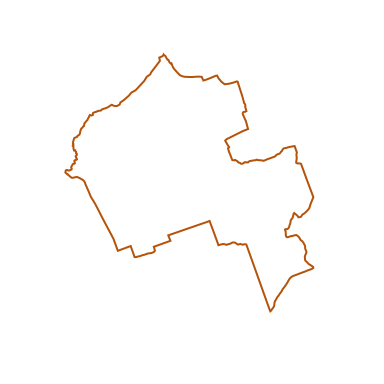 outline of Treang, Takêv, Cambodia, rotated 70°
{"feature_id": "14789045B64200778269013", "entity_name": "Treang", "entity_type": "district", "adm_level": 2, "iso_a3": "KHM", "parent_name": "Cambodia", "parent_adm1": "Takêv", "projection": "mercator", "projection_center": [104.808, 10.878], "detail": "fine", "context": "isolated", "style": "outline", "palette": "amber", "viewbox_px": 384, "rotation_deg": 70, "n_neighbors": 0, "source": "geoboundaries", "source_scale": "gbopen_adm2", "svg_char_len": 5604}
<svg xmlns="http://www.w3.org/2000/svg" viewBox="0 0 384 384"><g transform="rotate(70 192 192)"><path d="M104.8,287.0L105.2,287.2L106.0,287.0L106.4,287.5L107.3,287.3L107.9,288.3L108.6,287.9L109.5,288.1L110.7,288.5L111.6,288.6L112.6,288.6L112.9,287.5L113.7,287.7L114.8,287.2L116.1,287.7L116.8,287.2L117.9,287.7L118.6,289.1L120.1,289.1L121.9,288.9L122.2,289.6L122.1,291.1L122.6,292.0L123.2,292.0L124.0,292.1L124.9,292.2L125.2,292.9L124.9,293.8L125.1,294.6L125.7,295.2L126.4,296.0L127.2,297.0L128.2,297.1L129.2,297.1L129.7,297.6L129.7,298.8L129.9,299.6L129.5,300.9L128.6,301.8L128.4,302.7L129.0,303.6L129.9,304.0L130.4,304.3L131.4,303.8L132.3,303.4L132.6,302.8L133.4,302.7L134.3,302.0L135.0,301.7L136.1,301.1L136.9,300.6L137.6,300.0L137.9,299.0L138.1,297.6L138.3,295.9L138.7,294.7L140.3,293.0L143.0,290.7L144.3,289.9L145.6,289.5L146.7,289.4L148.1,289.5L150.4,289.3L152.4,289.2L156.8,288.9L159.0,288.8L160.7,288.8L161.4,288.7L163.0,288.5L164.8,288.1L165.7,287.9L167.1,287.6L168.5,287.4L170.3,287.0L172.8,286.7L174.7,286.4L183.9,285.3L190.7,284.4L209.2,281.8L221.9,281.8L221.8,268.1L233.6,268.2L234.0,266.7L234.2,264.6L234.5,262.8L234.4,260.4L234.7,258.3L234.7,256.4L234.7,254.4L235.4,251.5L235.5,249.8L235.2,247.9L234.5,246.9L230.4,246.6L230.5,229.6L230.5,229.0L224.6,229.1L225.2,191.5L225.3,188.2L225.2,185.4L238.3,185.3L241.4,185.3L244.8,185.3L248.4,185.3L251.0,185.4L251.1,184.3L251.2,183.2L251.3,181.9L251.4,181.2L251.6,180.4L252.0,179.6L252.7,178.5L253.5,177.6L253.4,176.1L253.5,175.2L253.7,174.5L253.6,173.7L253.5,172.1L253.3,171.5L253.6,170.2L254.0,169.4L254.4,168.8L255.0,168.4L255.8,167.8L256.6,167.3L257.0,166.9L257.3,166.2L257.2,165.4L257.4,164.2L258.5,163.0L258.9,162.1L259.0,161.6L259.0,160.5L259.4,159.7L259.9,158.9L325.2,159.3L328.5,159.3L330.9,159.2L330.6,158.4L329.7,157.1L328.8,155.8L327.8,154.4L327.0,153.7L325.5,152.9L324.0,152.2L322.6,150.9L321.3,149.2L320.2,148.2L319.0,146.1L317.6,144.3L316.4,142.4L315.6,141.4L315.1,140.9L314.2,139.9L313.1,138.0L311.4,135.5L309.6,133.2L308.1,131.5L306.6,129.5L305.8,127.6L305.5,126.0L305.5,123.6L305.5,121.6L305.4,118.4L305.4,115.2L305.4,112.5L305.2,109.6L305.3,107.5L305.3,105.8L304.9,104.0L303.8,103.8L301.5,105.4L299.4,107.1L297.8,107.7L296.4,108.4L295.1,109.0L293.9,108.8L292.4,108.4L291.3,108.1L289.9,107.0L289.1,106.2L287.7,105.0L286.5,104.9L285.3,105.0L284.0,105.0L282.7,104.6L281.3,104.2L279.6,104.4L278.1,104.6L276.1,105.1L275.0,105.9L274.4,106.3L273.4,106.5L272.6,106.6L271.8,106.7L270.3,107.2L269.2,107.9L268.1,108.7L267.9,109.9L267.7,111.0L267.7,112.8L267.4,113.5L267.3,114.6L267.3,115.8L267.3,116.9L267.1,118.0L266.6,118.5L265.7,118.7L264.6,118.6L263.7,118.3L262.5,117.9L261.3,117.5L260.2,117.6L259.1,117.4L258.9,116.8L259.3,115.9L259.4,115.0L259.2,114.1L258.5,113.1L257.8,112.5L256.6,111.7L255.1,110.4L253.8,109.6L252.5,109.0L251.7,108.0L251.1,106.8L249.9,105.7L248.6,104.9L247.2,104.0L246.7,103.1L247.5,102.7L248.7,102.0L250.1,101.1L250.9,101.0L252.2,100.6L252.4,99.9L252.5,98.3L252.3,97.6L251.4,96.5L251.0,95.9L250.8,95.2L250.5,93.6L249.9,92.2L249.4,91.0L248.9,90.0L248.3,88.9L247.6,87.7L246.4,86.6L245.6,86.0L244.7,85.4L243.6,84.4L242.6,83.6L241.7,82.7L240.6,81.8L239.6,80.8L238.2,79.7L218.9,79.9L202.9,79.9L202.1,80.8L201.6,81.9L201.3,82.9L200.8,83.7L200.1,84.1L198.4,83.3L196.7,82.3L195.5,81.9L194.3,81.5L193.1,81.3L192.3,80.9L191.7,80.6L191.2,80.2L190.7,79.9L183.9,79.9L183.5,82.2L183.0,85.0L182.8,88.3L182.5,89.9L182.4,90.9L183.0,92.2L184.1,93.3L184.6,94.5L185.3,95.4L185.9,96.6L185.8,98.5L186.2,100.3L187.0,102.1L187.0,107.0L187.0,110.4L187.2,113.5L187.1,114.3L186.3,115.3L185.7,116.7L185.2,117.7L184.8,118.6L184.3,119.6L183.7,120.3L183.9,121.2L183.6,122.3L183.2,124.3L182.8,126.6L182.7,127.6L183.1,128.7L183.4,129.3L182.9,130.1L182.8,130.9L182.4,131.3L182.3,132.0L182.0,132.5L182.6,133.7L182.6,135.1L182.2,136.3L181.5,136.7L180.8,137.2L180.3,138.1L179.7,138.5L178.6,138.8L178.0,139.4L177.1,140.1L176.5,140.6L176.7,141.4L176.3,142.2L176.1,142.6L175.8,143.2L172.9,143.3L170.5,143.3L166.8,143.5L164.6,143.3L163.2,143.2L162.6,141.8L159.5,142.5L157.8,142.8L156.2,143.1L155.0,143.2L154.2,141.4L152.2,123.8L152.1,122.2L152.1,120.3L152.0,119.0L152.0,117.8L143.9,117.1L143.2,117.2L137.1,117.6L136.0,117.6L135.3,117.4L134.5,116.5L134.5,115.9L134.8,114.5L134.6,113.2L133.8,113.1L131.5,113.0L130.1,112.9L129.7,112.5L128.3,112.1L127.3,112.2L126.3,112.6L125.1,112.5L124.2,112.4L119.5,112.0L103.9,111.4L103.4,112.1L103.4,112.9L103.3,116.6L102.8,120.9L101.9,124.5L98.4,126.7L94.1,128.2L91.2,128.6L90.9,130.2L91.2,135.3L91.3,140.1L91.2,142.3L91.1,143.2L87.1,143.5L85.6,146.9L84.2,151.9L82.8,155.7L81.3,159.3L80.1,161.3L78.0,163.5L74.5,165.0L70.3,166.7L68.2,167.2L65.2,167.3L64.0,167.3L64.0,168.2L62.2,168.8L59.6,169.1L59.3,169.7L57.9,170.1L55.0,170.5L53.7,171.5L53.1,171.7L53.9,172.4L54.3,173.4L54.5,176.8L57.8,177.3L65.7,189.6L66.4,190.3L67.2,191.0L68.2,194.9L68.7,195.8L69.3,196.3L69.8,197.1L71.2,198.7L76.2,208.4L77.2,210.5L77.3,211.5L77.8,214.6L78.0,215.3L78.9,216.7L79.9,218.4L80.9,221.0L82.2,224.3L83.4,228.7L84.7,229.7L85.2,230.3L85.5,233.4L84.9,235.0L83.7,236.6L82.6,237.5L82.9,239.5L83.6,241.9L83.7,244.9L83.6,246.5L83.6,247.3L83.6,248.3L84.3,249.7L83.9,251.6L83.7,252.8L83.9,254.5L83.7,256.2L84.0,258.1L84.9,258.6L85.6,258.7L85.8,259.6L85.6,260.5L84.7,261.6L85.0,262.1L86.5,263.4L87.3,264.5L88.6,265.7L89.3,267.2L90.1,268.4L90.7,269.6L91.9,270.3L93.0,270.9L93.1,271.7L93.7,272.5L94.1,273.1L94.5,274.3L95.3,275.1L96.4,275.9L97.1,276.4L98.2,277.0L99.6,278.1L99.8,279.1L100.0,279.6L100.2,280.5L100.9,281.2L101.0,282.4L100.9,283.4L101.1,284.2L102.3,285.2L103.6,286.1L104.8,287.0Z" fill="none" stroke="#b45309" stroke-width="2"/></g></svg>